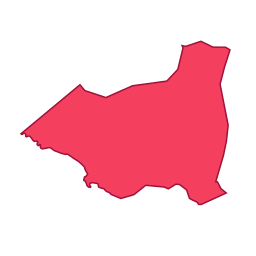 the district of Burke, Georgia, United States of America, rotated 176°
{"feature_id": "52423323B39009804461770", "entity_name": "Burke", "entity_type": "district", "adm_level": 2, "iso_a3": "USA", "parent_name": "United States of America", "parent_adm1": "Georgia", "projection": "robinson", "projection_center": [-81.796, 33.05], "detail": "fine", "context": "isolated", "style": "filled", "palette": "rose", "viewbox_px": 256, "rotation_deg": 176, "n_neighbors": 0, "source": "geoboundaries", "source_scale": "gbopen_adm2", "svg_char_len": 1682}
<svg xmlns="http://www.w3.org/2000/svg" viewBox="0 0 256 256"><g transform="rotate(176 128 128)"><path d="M20.8,198.8L25.1,201.8L37.5,202.7L49.2,209.4L64.8,205.4L68.3,206.4L67.5,204.1L74.2,183.0L86.0,172.1L120.6,169.8L148.0,159.9L168.4,168.3L172.9,174.5L235.2,129.7L234.7,129.1L234.0,129.0L232.6,129.8L232.1,130.0L231.2,129.7L230.8,129.4L230.6,129.0L230.5,128.4L230.6,127.5L230.7,127.1L230.6,126.7L230.2,126.4L229.8,126.3L229.7,126.3L229.1,126.5L228.5,126.9L227.9,126.9L226.8,126.7L225.3,125.2L224.6,123.9L223.8,122.5L222.5,121.2L221.9,121.1L221.3,121.5L220.8,121.5L219.5,120.9L219.3,120.3L219.2,119.8L219.5,119.2L219.8,118.5L219.8,117.8L219.2,116.9L218.8,116.7L218.3,116.7L217.4,117.6L216.8,117.6L216.6,117.5L216.5,117.2L216.6,116.6L216.7,115.9L216.7,114.9L216.3,114.0L215.8,113.6L215.3,113.4L215.1,113.2L214.4,113.2L210.4,113.6L209.0,113.9L207.6,113.9L206.4,113.4L203.1,110.6L196.2,107.4L192.5,106.1L191.7,106.1L190.7,106.3L190.3,106.2L186.9,103.7L184.9,101.9L179.5,97.9L176.3,94.6L174.1,92.0L173.8,90.0L173.1,88.2L171.5,85.0L171.5,84.8L173.4,82.6L174.2,82.5L174.8,82.1L175.8,79.3L175.8,79.2L175.5,78.5L174.5,78.0L174.0,77.4L172.9,73.4L172.5,72.8L171.1,71.6L169.9,71.4L169.4,71.6L169.2,72.0L170.2,73.6L170.1,74.8L169.8,75.3L168.2,75.9L166.6,75.8L162.5,74.8L161.9,74.4L161.7,74.0L161.7,72.2L161.3,71.1L160.7,70.7L158.5,69.8L156.2,69.1L155.2,67.6L153.7,66.1L151.0,64.8L149.5,62.9L140.1,58.2L126.7,61.1L114.3,69.6L96.1,66.6L92.0,64.5L84.2,68.6L80.6,68.1L73.9,62.2L71.6,53.5L68.5,51.5L64.2,49.2L62.9,46.9L60.4,46.6L34.5,56.3L39.5,61.0L42.5,68.0L44.2,68.3L34.7,94.0L30.7,108.2L27.9,123.9L33.1,165.2L27.7,181.4L20.8,198.8Z" fill="#f43f5e" stroke="#9f1239" stroke-width="1.5"/></g></svg>